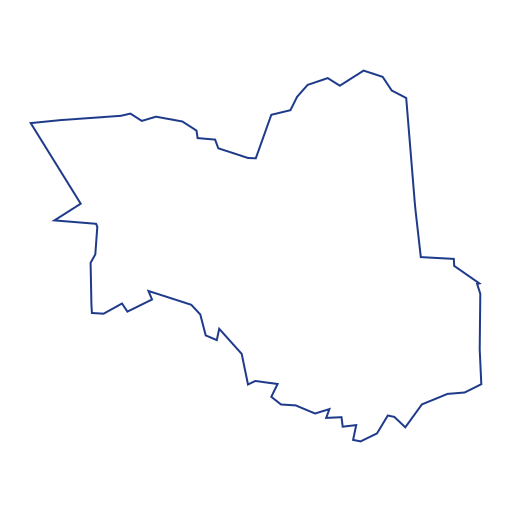 Chalan Pago-Ordot, Guam (Mercator projection)
{"feature_id": "77769853B20896286289421", "entity_name": "Chalan Pago-Ordot", "entity_type": "district", "adm_level": 2, "iso_a3": "GUM", "parent_name": "Guam", "parent_adm1": "", "projection": "mercator", "projection_center": [144.769, 13.441], "detail": "fine", "context": "isolated", "style": "outline", "palette": "blue", "viewbox_px": 512, "rotation_deg": 0, "n_neighbors": 0, "source": "geoboundaries", "source_scale": "gbopen_adm2", "svg_char_len": 1020}
<svg xmlns="http://www.w3.org/2000/svg" viewBox="0 0 512 512"><path d="M307.6,84.9L297.1,96.8L290.4,110.2L271.3,114.8L255.8,158.3L248.0,158.0L218.3,148.3L215.1,139.6L197.6,138.1L196.5,130.6L182.4,121.5L155.9,116.7L141.8,120.9L130.4,113.6L120.9,115.8L60.6,120.1L30.7,123.1L80.7,203.7L54.4,220.4L96.1,223.8L97.3,226.9L95.3,254.4L90.6,262.8L91.4,304.1L91.9,313.0L103.6,313.7L122.0,303.5L127.4,311.6L152.0,299.5L148.5,291.0L191.3,304.8L200.3,314.5L205.7,335.4L216.8,340.1L219.2,328.8L241.7,353.9L248.0,384.5L255.2,381.0L277.6,384.0L271.3,396.8L281.0,404.5L295.7,405.4L315.0,413.5L329.4,409.1L326.2,417.9L341.5,417.2L342.7,426.7L356.2,425.1L353.1,439.9L360.6,441.4L377.0,433.4L387.8,415.5L394.3,416.9L405.3,427.3L421.9,404.4L427.2,402.2L447.5,393.9L450.0,393.7L464.6,392.5L481.3,384.2L479.7,349.3L480.3,293.9L477.1,283.8L479.3,283.4L454.2,265.9L453.8,258.9L420.8,257.1L415.3,208.4L414.7,201.8L406.2,98.0L391.7,90.5L382.7,76.9L363.6,70.6L339.8,85.7L327.7,78.1L307.6,84.9Z" fill="none" stroke="#1e3a8a" stroke-width="2"/></svg>